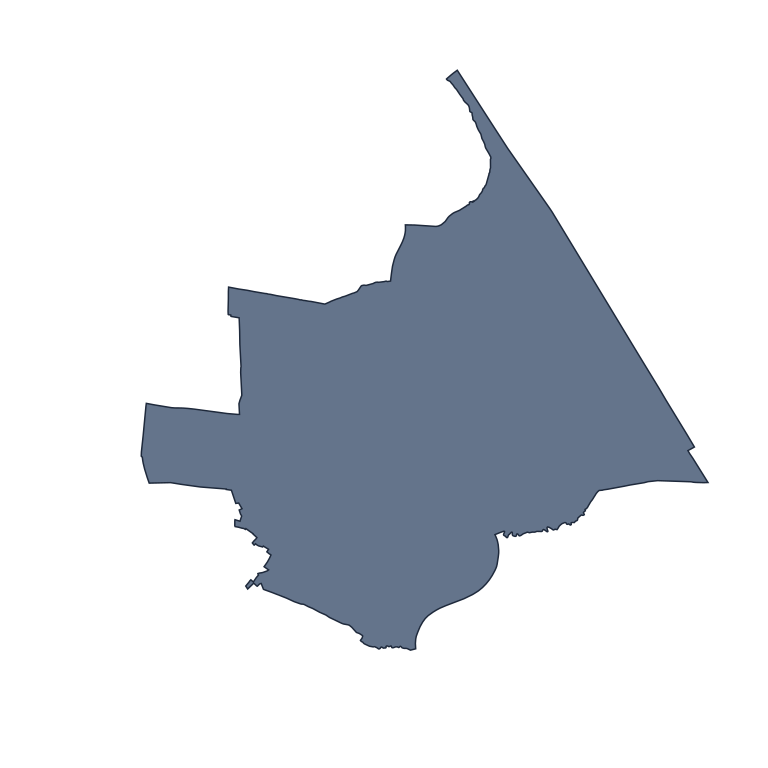 outline of Mueang Pathum Thani, Pathum Thani, Thailand, rotated 335°
{"feature_id": "78962969B64886483161753", "entity_name": "Mueang Pathum Thani", "entity_type": "district", "adm_level": 2, "iso_a3": "THA", "parent_name": "Thailand", "parent_adm1": "Pathum Thani", "projection": "robinson", "projection_center": [100.542, 14.005], "detail": "fine", "context": "isolated", "style": "filled", "palette": "slate", "viewbox_px": 768, "rotation_deg": 335, "n_neighbors": 0, "source": "geoboundaries", "source_scale": "gbopen_adm2", "svg_char_len": 6159}
<svg xmlns="http://www.w3.org/2000/svg" viewBox="0 0 768 768"><g transform="rotate(335 384 384)"><path d="M638.7,572.3L637.2,557.4L632.7,517.4L631.5,504.6L627.3,467.2L609.1,299.4L608.5,295.4L595.7,222.8L592.2,197.7L583.0,130.6L578.6,131.5L575.3,132.3L570.7,133.6L569.5,134.0L569.5,134.3L569.9,135.5L571.8,137.7L572.1,139.3L573.0,142.5L573.4,145.3L574.2,147.7L575.1,153.6L575.8,157.0L576.1,158.2L576.2,158.9L576.0,160.0L576.1,160.9L576.6,162.8L578.0,166.1L578.3,167.4L578.3,168.6L578.0,170.1L577.0,173.2L577.2,173.8L578.2,175.0L578.3,175.7L577.6,177.4L577.2,179.5L576.4,181.8L576.6,182.9L577.3,184.5L577.5,185.5L577.4,187.2L577.0,189.7L576.9,191.9L576.9,193.8L577.4,198.5L576.5,202.9L576.7,206.8L576.6,209.4L576.0,211.9L575.9,213.3L576.5,219.3L576.7,223.4L576.2,224.7L575.4,225.4L571.9,233.1L570.5,234.7L569.4,236.7L568.0,237.8L567.7,238.4L561.0,246.2L560.4,246.7L559.1,247.3L557.8,248.5L556.8,248.6L556.3,248.9L555.5,249.6L554.9,250.5L553.2,251.7L550.7,252.8L549.0,254.3L547.7,255.1L545.5,255.9L544.2,256.0L543.0,256.5L542.7,256.4L542.5,255.9L541.9,255.9L541.7,256.2L541.8,256.6L541.2,256.7L540.8,256.1L539.3,255.3L538.7,255.3L538.0,255.7L537.5,256.9L536.9,257.3L535.2,257.1L533.7,257.5L525.8,258.5L520.2,258.3L518.1,258.5L514.0,259.5L512.3,260.2L508.1,262.6L503.2,263.9L500.1,263.8L498.4,263.4L497.2,262.9L478.8,252.8L470.6,248.8L469.7,251.0L468.2,254.1L467.0,256.0L465.6,257.9L463.8,260.0L460.8,262.9L457.5,265.6L449.9,271.5L447.8,273.4L445.6,275.8L441.5,280.8L437.5,286.9L433.4,293.5L430.2,292.5L429.6,291.8L428.9,291.5L427.5,291.3L422.5,289.7L421.7,289.4L421.5,289.1L419.8,288.4L417.9,288.2L417.0,288.4L409.5,287.1L407.6,285.9L405.4,285.4L404.9,285.5L404.4,285.7L400.4,288.1L398.7,288.9L398.2,288.9L395.2,288.8L393.6,288.5L385.9,288.0L382.9,287.5L380.8,287.5L377.2,287.0L370.7,286.6L369.5,286.7L364.5,286.6L363.9,286.4L352.7,278.3L351.0,277.3L347.4,274.8L346.3,274.2L344.5,272.7L343.5,272.3L342.4,271.3L339.1,268.9L323.8,258.4L319.2,254.9L316.8,253.4L316.0,252.6L314.3,251.6L305.3,245.4L299.7,241.3L292.3,236.4L284.1,230.5L282.1,234.3L278.9,241.1L273.4,252.2L272.2,255.1L272.3,255.4L274.3,256.7L274.3,256.9L273.9,257.7L274.0,258.1L274.2,258.3L280.7,262.8L275.6,274.9L270.1,287.2L261.8,307.8L261.6,308.2L261.2,308.6L259.0,312.9L250.6,333.6L250.3,334.2L246.6,337.8L244.2,340.6L240.2,350.5L238.3,349.6L229.4,344.5L201.3,326.5L196.0,323.3L191.5,320.8L188.1,319.1L184.3,317.3L181.3,315.6L167.1,305.9L160.4,301.1L158.7,303.8L143.9,329.0L135.4,343.1L133.5,346.8L134.0,348.3L133.0,351.4L132.3,354.0L131.1,360.0L129.9,368.7L129.3,374.6L148.9,383.2L158.2,389.5L174.0,399.7L196.1,412.2L196.6,412.5L196.4,412.9L200.8,415.8L199.2,429.6L202.0,430.5L202.6,437.0L199.5,437.0L199.0,441.1L199.2,443.3L199.1,443.6L195.5,447.5L191.6,444.0L191.0,444.9L188.9,449.3L188.8,450.3L191.6,452.3L194.4,454.7L195.9,455.7L196.9,457.2L197.7,456.7L202.1,464.4L201.9,464.6L203.9,469.5L202.7,470.2L199.7,471.3L197.5,472.4L198.1,475.0L198.5,475.2L200.0,474.5L200.9,476.3L201.9,477.7L205.1,480.4L206.1,479.9L209.5,485.0L207.0,486.5L206.9,486.6L208.2,489.4L209.2,490.8L209.3,491.2L206.7,493.4L203.0,496.1L198.1,498.9L200.8,503.7L199.6,504.0L198.7,504.0L194.5,503.6L192.8,503.2L191.6,502.8L189.6,502.5L189.4,503.3L189.5,504.1L186.4,505.5L181.9,508.2L180.6,505.2L180.3,505.3L179.0,505.8L177.9,506.5L173.3,508.7L173.8,512.2L181.7,509.5L181.9,509.7L183.3,513.3L183.7,513.7L184.4,513.5L186.5,512.7L187.5,512.7L188.4,512.9L188.0,518.6L188.0,519.1L188.3,519.5L194.7,525.9L205.2,536.9L210.6,543.3L215.5,548.1L216.2,548.6L217.5,549.3L218.4,550.0L221.3,553.8L224.5,557.3L229.3,563.8L233.7,568.8L235.9,572.5L236.8,573.6L244.5,583.0L245.9,584.4L249.7,587.1L250.6,588.0L252.0,590.9L254.0,597.5L256.2,599.7L258.2,602.9L258.1,603.5L256.7,605.1L254.3,606.4L254.5,607.4L254.8,608.0L255.6,608.9L256.0,610.4L256.4,611.2L260.0,615.5L263.1,617.7L264.3,618.0L264.6,618.2L266.1,620.0L267.0,621.6L267.4,622.0L268.0,622.1L268.7,622.0L269.9,621.3L270.4,621.3L270.8,621.5L271.8,623.1L274.0,623.9L274.5,623.7L274.9,622.7L275.4,622.6L276.0,622.6L276.5,623.0L277.5,624.2L279.3,624.3L279.7,624.5L279.8,624.9L279.7,626.1L279.9,626.4L280.3,626.7L281.3,627.0L283.2,627.1L284.2,627.5L284.9,627.8L285.7,628.8L286.1,629.1L286.5,629.0L287.5,628.6L288.1,628.7L288.5,629.3L288.8,630.5L289.4,631.2L290.5,632.1L292.6,633.1L293.3,633.7L295.5,636.4L300.8,637.4L302.8,632.4L305.0,628.5L306.7,626.2L309.8,623.1L314.1,619.2L318.4,616.1L322.2,614.0L326.1,612.6L331.8,611.5L336.1,611.0L340.2,610.8L346.3,611.0L365.8,612.4L375.6,612.2L378.2,611.9L382.1,611.4L387.2,610.1L392.0,608.3L396.7,606.0L401.1,603.3L405.7,599.9L407.9,598.0L408.9,597.0L410.4,595.1L414.6,588.8L416.5,585.7L417.6,583.4L419.6,577.9L420.3,574.9L420.7,572.7L420.9,569.3L420.9,567.4L426.6,567.7L430.0,568.0L430.7,568.3L430.9,568.6L430.7,569.1L428.8,570.8L428.6,571.4L428.7,571.9L429.6,573.2L430.2,574.9L430.6,575.3L431.4,575.1L433.1,573.4L434.2,573.2L436.5,572.2L437.1,572.2L437.4,572.4L437.5,572.8L436.6,574.9L436.6,575.6L436.9,576.2L438.4,577.5L439.2,577.7L439.8,577.5L440.7,576.2L441.1,576.1L441.5,576.2L441.9,576.7L442.3,578.6L442.8,579.0L444.0,579.1L447.0,578.6L449.5,578.8L451.0,578.8L451.5,579.0L453.0,580.3L455.8,580.9L458.1,582.0L460.3,582.2L464.3,584.2L465.1,584.3L466.4,583.4L467.1,583.3L467.7,583.9L469.3,586.7L469.8,587.0L470.2,586.9L470.4,586.4L470.6,584.5L470.9,583.3L471.4,582.8L471.9,582.7L472.9,583.5L474.5,585.7L475.6,587.7L476.1,588.0L477.2,587.9L477.8,588.0L479.3,589.1L480.7,588.3L482.7,586.9L484.7,586.2L486.5,585.8L489.4,586.0L490.1,586.5L490.3,587.1L490.3,588.0L490.5,588.4L491.0,588.7L491.9,588.8L492.3,589.0L493.1,590.4L493.6,590.7L494.3,590.5L494.8,589.2L495.1,588.8L496.0,589.0L497.9,590.0L499.5,589.3L501.3,589.3L501.9,589.0L502.9,587.6L503.3,587.3L507.1,586.2L507.6,586.2L508.3,586.8L509.0,587.2L510.3,587.1L510.4,586.8L510.3,585.4L510.5,584.7L511.9,584.2L512.9,584.0L513.2,582.6L514.8,582.5L516.2,581.9L517.8,580.7L521.6,578.1L523.8,577.0L530.1,572.9L532.2,571.9L534.0,571.4L536.9,572.5L538.6,572.8L542.2,573.9L558.7,578.2L564.2,579.5L578.1,583.4L582.0,584.1L591.1,587.2L621.0,602.4L622.9,603.8L625.2,605.1L632.2,608.6L636.0,610.2L632.5,581.7L631.6,576.3L631.3,572.8L638.7,572.3Z" fill="#64748b" stroke="#1e293b" stroke-width="1.5"/></g></svg>